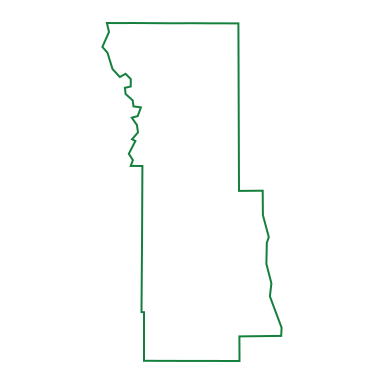 the district of Webster, Louisiana, United States of America
{"feature_id": "52423323B93386698636065", "entity_name": "Webster", "entity_type": "district", "adm_level": 2, "iso_a3": "USA", "parent_name": "United States of America", "parent_adm1": "Louisiana", "projection": "robinson", "projection_center": [-93.395, 32.714], "detail": "fine", "context": "isolated", "style": "outline", "palette": "green", "viewbox_px": 384, "rotation_deg": 0, "n_neighbors": 0, "source": "geoboundaries", "source_scale": "gbopen_adm2", "svg_char_len": 741}
<svg xmlns="http://www.w3.org/2000/svg" viewBox="0 0 384 384"><path d="M106.9,23.0L109.0,32.0L102.4,46.9L107.5,52.8L112.5,69.0L119.8,77.0L125.6,73.8L130.8,79.1L130.7,86.5L124.9,87.8L125.6,94.0L132.7,100.4L133.5,106.4L140.9,107.4L137.7,116.1L131.8,117.7L136.9,125.0L138.0,132.4L132.0,139.3L135.4,141.0L128.8,153.8L132.9,160.1L130.7,165.9L142.4,166.0L142.1,231.1L141.5,312.1L144.0,312.2L144.0,351.3L144.0,360.8L175.9,360.9L239.5,361.0L239.4,336.4L281.2,335.9L281.6,327.7L269.9,296.4L271.4,283.4L266.4,263.9L266.8,242.9L268.8,237.1L262.9,215.1L262.7,190.7L239.0,190.9L238.4,23.4L206.0,23.3L205.9,23.3L191.0,23.2L173.9,23.3L132.0,23.0L121.5,23.1L121.1,23.1L120.9,23.1L106.9,23.0L106.9,23.0Z" fill="none" stroke="#15803d" stroke-width="2"/></svg>